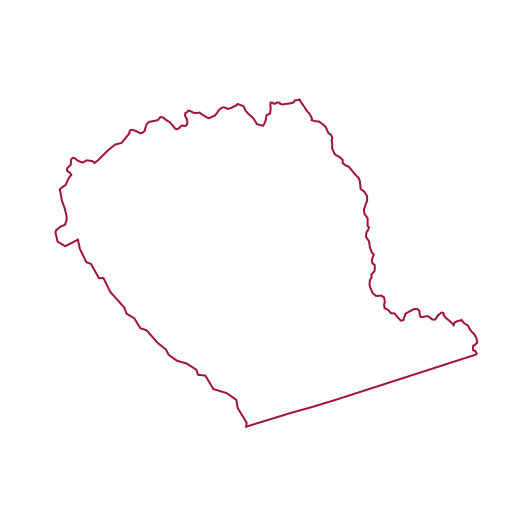 Jackson, Colorado, United States of America, rotated 162°
{"feature_id": "52423323B6284215634036", "entity_name": "Jackson", "entity_type": "district", "adm_level": 2, "iso_a3": "USA", "parent_name": "United States of America", "parent_adm1": "Colorado", "projection": "mercator", "projection_center": [-106.44, 40.663], "detail": "fine", "context": "isolated", "style": "outline", "palette": "rose", "viewbox_px": 512, "rotation_deg": 162, "n_neighbors": 0, "source": "geoboundaries", "source_scale": "gbopen_adm2", "svg_char_len": 3455}
<svg xmlns="http://www.w3.org/2000/svg" viewBox="0 0 512 512"><g transform="rotate(162 256 256)"><path d="M77.1,94.3L76.3,95.0L76.8,98.1L78.6,99.1L78.2,101.3L77.8,102.6L76.7,103.8L76.0,103.5L72.2,105.4L71.7,109.9L72.8,114.8L74.4,117.4L75.4,121.1L75.9,124.2L77.6,126.1L79.1,128.4L80.1,131.0L80.4,131.8L82.1,131.5L84.3,131.9L87.8,131.4L88.6,129.9L89.5,129.1L89.7,129.9L91.2,133.1L92.4,135.1L94.7,138.6L95.9,142.1L95.2,143.1L95.8,144.3L97.2,144.9L99.8,143.8L102.0,143.0L102.6,142.0L105.2,140.2L108.0,141.1L109.6,143.7L110.4,145.1L113.0,146.2L115.8,146.3L118.4,147.3L118.3,150.0L117.6,153.2L118.9,155.7L122.4,156.7L131.6,155.0L134.0,151.7L135.6,149.5L138.1,149.7L139.1,151.5L140.8,155.3L141.9,158.5L145.3,159.9L146.6,163.1L147.4,164.3L149.8,166.6L149.3,169.9L147.9,172.1L147.2,175.1L147.1,177.2L148.1,178.3L148.9,179.6L150.8,180.0L154.2,180.9L156.6,184.8L157.0,189.4L157.0,193.3L155.2,197.7L152.4,200.4L152.0,202.8L148.1,204.9L146.8,207.6L145.9,210.8L147.6,213.1L147.1,216.3L143.6,221.1L144.8,223.9L145.0,229.4L144.0,235.0L145.5,240.3L143.5,244.6L141.4,246.1L139.6,248.5L140.6,249.9L138.2,257.3L139.8,262.9L139.1,266.7L135.3,271.9L133.4,273.7L131.8,278.6L133.3,284.0L135.8,287.4L134.8,291.8L134.1,295.1L134.1,298.0L136.9,303.8L139.5,310.5L140.4,312.8L142.0,313.5L144.9,317.6L143.9,320.7L145.9,324.4L148.8,327.1L149.9,329.5L150.3,335.1L148.9,338.9L148.3,342.8L146.8,344.9L147.2,348.0L149.2,350.6L149.8,357.1L151.4,360.0L154.5,364.4L158.4,366.0L161.1,368.1L160.3,369.5L161.2,374.8L163.1,379.0L163.7,382.0L165.8,388.6L165.9,390.1L166.2,391.5L167.5,391.2L171.0,392.0L172.9,390.4L176.8,390.6L181.6,391.7L183.7,391.7L186.1,393.4L186.2,394.5L188.7,395.6L190.1,394.9L192.2,395.3L192.6,396.6L194.7,397.4L195.7,395.2L196.6,391.3L198.6,387.1L202.6,386.6L205.0,381.8L206.7,379.8L208.9,377.7L214.3,381.0L215.9,387.7L219.2,393.4L221.0,397.3L221.6,402.4L225.0,405.0L226.3,406.2L227.6,406.0L228.4,405.1L230.7,405.1L232.2,404.7L235.2,404.4L237.8,404.8L239.6,406.8L241.4,407.6L244.5,407.1L246.9,405.8L249.4,403.7L251.9,402.2L255.4,401.9L258.6,401.6L260.9,404.1L262.6,406.3L264.2,407.9L265.2,409.8L267.9,410.3L271.0,411.4L273.0,413.4L274.6,414.8L275.9,415.1L276.8,414.2L279.0,413.8L280.1,411.9L279.9,410.4L279.5,406.9L279.9,404.5L280.9,402.5L282.8,401.4L284.0,401.9L285.6,402.8L287.0,402.9L288.0,402.4L289.6,401.4L291.9,400.9L293.7,402.5L294.4,404.6L295.7,407.7L296.7,409.9L299.6,413.3L301.4,416.4L304.0,417.7L307.2,415.7L310.8,415.8L313.9,416.3L316.2,416.6L319.2,415.3L321.9,411.6L323.2,409.4L326.0,408.3L328.4,408.7L331.1,411.6L334.6,414.2L336.3,414.6L337.9,413.5L338.4,411.8L342.8,409.0L349.0,405.1L355.6,405.5L363.5,402.5L372.2,398.2L376.8,395.8L381.0,394.4L382.2,396.7L387.3,399.3L392.1,398.4L395.9,401.6L398.5,405.4L400.0,405.9L401.9,404.9L402.7,403.3L404.1,399.9L408.3,397.9L409.3,396.1L408.7,394.1L407.5,393.3L406.5,390.3L410.0,388.0L415.1,382.4L419.2,381.2L422.1,379.8L422.3,376.6L423.5,368.9L423.2,361.5L423.7,352.8L425.1,348.5L428.1,344.8L432.8,344.3L438.1,342.3L439.4,340.5L440.3,330.9L434.3,324.2L420.3,326.6L421.3,317.2L419.2,302.4L415.4,299.5L412.2,283.5L407.9,282.1L405.6,266.6L397.1,247.5L397.0,241.3L391.0,234.3L388.3,223.0L383.1,219.3L376.4,203.8L370.6,195.0L369.6,188.9L363.5,180.8L355.2,175.2L347.9,166.2L347.8,160.9L341.1,157.9L337.6,142.5L326.2,134.6L319.2,125.3L320.4,117.0L316.4,100.4L318.1,96.7L308.4,96.6L270.9,96.0L247.4,95.0L245.4,95.0L231.3,94.7L228.9,94.7L228.1,94.6L223.0,94.6L77.1,94.3Z" fill="none" stroke="#9f1239" stroke-width="2"/></g></svg>